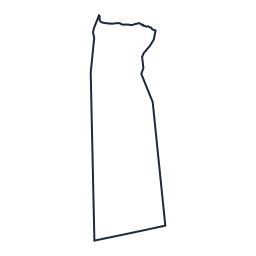 outline of Daba, Matruh, Egypt
{"feature_id": "37247803B11415934472050", "entity_name": "Daba", "entity_type": "district", "adm_level": 2, "iso_a3": "EGY", "parent_name": "Egypt", "parent_adm1": "Matruh", "projection": "albers", "projection_center": [28.255, 29.877], "detail": "fine", "context": "isolated", "style": "outline", "palette": "slate", "viewbox_px": 256, "rotation_deg": 0, "n_neighbors": 0, "source": "geoboundaries", "source_scale": "gbopen_adm2", "svg_char_len": 1803}
<svg xmlns="http://www.w3.org/2000/svg" viewBox="0 0 256 256"><path d="M143.4,68.0L142.1,56.9L143.8,53.0L149.9,45.9L153.8,39.5L155.5,31.0L155.6,30.5L155.4,30.4L155.2,30.4L154.5,30.2L153.6,29.8L153.3,29.7L152.6,29.5L152.1,29.2L151.9,28.7L151.7,28.5L151.6,28.3L151.5,28.1L151.3,27.6L150.5,27.6L150.1,27.4L149.5,27.2L149.3,27.1L148.9,26.7L148.5,26.4L147.9,26.4L147.0,26.6L146.7,26.6L146.3,26.5L146.1,26.5L145.6,26.4L145.3,26.3L145.1,26.0L144.9,25.9L144.5,25.8L144.1,25.7L143.3,25.7L142.8,25.5L142.6,25.4L142.4,25.2L142.4,24.9L142.6,24.6L142.4,24.5L142.1,24.5L141.8,24.5L141.7,24.5L141.3,24.4L140.9,24.1L140.3,23.8L139.7,23.3L139.1,23.1L138.6,23.3L137.5,23.5L137.0,23.6L136.2,23.8L135.6,23.9L135.1,24.1L134.4,24.3L133.9,24.5L133.2,24.7L132.5,24.9L132.0,25.0L131.5,25.1L131.2,25.1L130.8,25.1L130.1,24.9L129.4,24.8L129.0,24.7L128.3,24.6L127.6,24.6L127.1,24.6L126.6,24.5L126.0,24.6L125.6,24.6L125.0,24.6L124.4,24.5L123.7,24.6L122.9,24.7L122.7,24.6L122.2,24.5L122.0,24.3L121.6,24.2L121.1,24.0L120.8,23.9L120.6,23.8L120.3,23.5L120.0,23.2L119.6,23.1L118.9,23.3L118.5,23.2L118.0,23.1L117.7,23.1L117.1,23.1L116.6,23.2L116.4,23.2L115.9,23.2L115.3,23.2L114.8,23.4L114.2,23.5L113.8,23.6L113.3,23.6L112.4,23.7L112.2,23.6L111.6,23.6L111.4,23.7L111.2,23.5L110.8,23.5L110.3,23.5L109.6,23.6L109.2,23.5L108.6,23.6L108.4,23.4L108.1,23.3L107.4,23.2L106.5,23.3L106.0,23.1L105.6,23.1L104.9,23.0L104.3,22.9L103.6,22.7L103.0,22.8L102.7,22.7L102.0,22.4L101.2,22.0L100.9,21.9L100.5,21.6L100.1,21.1L99.9,20.7L99.9,20.3L99.8,19.9L99.8,19.5L99.7,19.3L99.5,19.0L99.4,18.8L99.5,18.4L99.5,18.0L99.5,17.7L99.7,17.3L99.7,17.1L99.6,16.9L99.6,16.5L99.6,16.2L99.4,15.7L99.0,15.4L94.3,27.2L93.0,32.0L94.2,38.0L90.7,72.7L94.4,240.6L142.8,230.5L165.3,225.6L152.7,102.1L141.3,73.9L143.4,68.0Z" fill="none" stroke="#1e293b" stroke-width="2"/></svg>